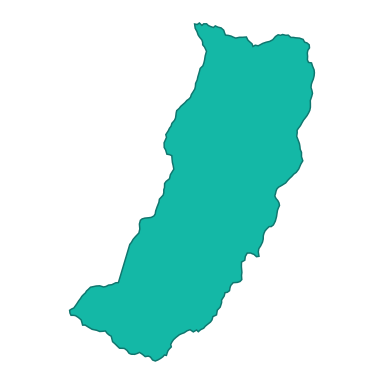 Presidente Venceslau, São Paulo, Brazil (orthographic projection)
{"feature_id": "56859067B64322742628488", "entity_name": "Presidente Venceslau", "entity_type": "district", "adm_level": 2, "iso_a3": "BRA", "parent_name": "Brazil", "parent_adm1": "São Paulo", "projection": "orthographic", "projection_center": [-51.844, -21.792], "detail": "fine", "context": "isolated", "style": "filled", "palette": "teal", "viewbox_px": 384, "rotation_deg": 0, "n_neighbors": 0, "source": "geoboundaries", "source_scale": "gbopen_adm2", "svg_char_len": 3779}
<svg xmlns="http://www.w3.org/2000/svg" viewBox="0 0 384 384"><path d="M75.4,315.6L78.1,317.3L81.1,319.8L81.9,322.4L82.6,325.1L85.2,325.1L88.5,327.2L92.1,329.3L96.7,330.3L99.8,331.5L102.6,331.3L105.4,331.0L107.2,333.4L109.1,335.0L111.2,336.2L111.8,338.5L112.6,341.7L115.2,344.0L117.5,346.3L119.5,348.2L122.1,348.3L124.3,348.4L127.0,350.4L129.1,353.3L131.2,354.2L134.7,354.3L137.4,353.4L139.5,352.4L142.4,354.3L145.2,356.6L148.3,356.1L150.4,357.0L152.6,360.0L155.3,361.0L158.0,359.9L160.6,358.4L162.9,356.7L164.4,355.0L166.4,355.4L167.1,353.1L168.0,350.7L169.3,349.0L171.3,346.9L170.7,344.4L172.0,341.9L173.5,339.7L176.1,337.3L179.4,334.7L181.8,333.6L184.1,332.8L187.1,330.8L190.1,329.7L193.3,331.9L196.6,330.0L198.3,331.7L200.6,329.7L203.7,328.2L205.2,326.3L207.1,324.7L210.5,322.0L212.0,319.9L212.9,316.6L216.5,314.9L217.3,310.2L220.2,307.1L221.6,302.7L221.6,300.0L224.2,296.0L225.0,292.7L227.3,292.3L229.5,290.7L230.0,287.7L230.8,285.4L233.2,282.7L237.4,282.4L240.0,281.5L241.8,279.6L241.5,275.5L241.9,272.4L241.4,266.7L241.5,262.1L244.8,260.2L245.3,256.5L247.2,253.1L250.5,253.0L254.1,254.5L256.5,256.7L259.0,256.3L258.3,251.8L258.8,248.7L260.7,245.8L262.5,242.1L263.2,239.1L263.3,235.8L263.9,233.5L265.0,231.0L266.6,229.1L269.1,226.6L271.2,226.6L273.4,224.9L275.3,221.2L276.5,216.8L277.0,213.4L277.5,210.3L278.4,207.9L279.5,205.5L279.0,202.9L277.8,200.6L276.0,198.5L274.8,196.0L275.5,193.6L276.0,191.3L276.8,189.1L278.5,187.2L281.9,185.3L285.7,182.9L287.8,180.3L289.8,178.2L291.7,176.5L293.8,174.1L296.2,172.4L298.7,169.1L300.8,164.2L302.8,160.8L301.5,156.7L301.5,152.4L300.2,149.3L299.9,146.3L299.4,143.5L298.2,140.3L296.7,136.3L297.2,132.8L297.1,130.3L298.4,128.3L300.4,125.7L301.9,122.9L303.6,120.0L305.3,117.9L306.9,115.8L308.6,112.9L309.8,110.3L310.4,107.3L310.4,103.6L310.3,100.5L311.7,96.4L312.5,93.3L311.9,90.4L311.0,87.4L311.4,84.1L312.3,81.5L313.3,79.1L314.1,75.9L314.4,72.8L314.1,69.9L312.6,66.3L311.5,62.9L308.5,62.4L307.4,59.9L307.6,56.4L307.3,53.1L307.8,50.4L309.5,47.9L309.2,44.8L307.1,43.0L304.6,42.1L303.1,39.4L299.5,38.1L295.6,37.8L293.5,37.4L290.8,37.4L288.2,35.1L285.8,35.3L282.6,34.5L280.6,35.3L278.1,34.8L275.5,36.5L272.8,39.7L269.7,41.4L266.2,42.2L262.7,43.4L260.5,44.6L258.2,45.8L255.2,45.2L253.0,46.5L252.0,43.8L249.7,41.8L247.9,40.1L246.4,37.0L242.3,37.3L239.4,37.3L235.7,38.1L233.2,37.1L231.1,36.1L228.3,35.4L225.5,35.1L224.6,33.0L223.7,30.2L221.1,27.9L217.8,27.1L215.3,25.9L213.4,27.5L210.5,26.5L208.3,25.5L206.6,23.8L203.7,23.8L201.9,25.4L199.4,23.0L197.2,24.5L194.6,24.0L195.2,28.3L197.0,31.6L198.1,34.9L199.4,36.9L201.9,40.0L202.6,42.2L202.7,44.8L204.5,47.0L205.6,49.3L206.5,51.3L205.2,55.9L204.6,59.8L204.0,62.5L202.9,65.8L200.2,68.4L199.5,71.2L198.6,74.3L197.8,77.0L197.2,79.9L195.6,83.4L195.4,86.4L194.8,89.0L192.8,92.3L191.4,94.5L190.5,97.3L188.8,99.1L186.9,100.4L184.8,102.8L180.7,106.4L179.2,108.4L176.7,110.6L176.2,112.9L175.9,115.4L175.5,118.1L174.5,120.3L171.9,123.3L171.0,126.3L169.5,128.2L168.2,130.9L165.8,134.6L166.5,137.4L164.1,142.8L164.2,147.5L165.6,149.9L166.9,154.2L169.7,154.7L171.8,155.7L172.1,159.6L172.4,162.4L173.2,165.7L173.8,169.2L172.1,171.9L170.4,174.7L169.5,178.7L166.1,181.4L164.6,183.5L164.5,187.5L163.8,189.7L163.8,192.7L163.1,195.2L161.6,196.8L159.4,199.2L158.9,202.4L157.1,206.9L155.7,210.9L155.2,214.0L153.9,216.0L151.2,217.4L148.3,217.8L144.9,218.1L142.1,218.9L140.4,220.3L139.4,224.0L139.8,229.0L138.9,233.0L135.3,236.8L133.1,239.4L131.4,242.4L129.8,244.4L118.4,282.6L115.7,282.8L111.8,284.7L108.5,285.1L106.1,286.4L103.7,287.0L99.7,285.8L96.2,286.0L93.4,286.6L90.5,287.2L88.4,289.3L86.5,291.0L85.3,293.0L83.6,294.5L81.8,296.4L80.5,298.5L78.6,301.0L76.9,303.7L75.2,306.1L73.8,308.0L71.6,309.0L69.6,310.3L70.0,313.1L71.0,315.3L73.2,315.3L75.4,315.6Z" fill="#14b8a6" stroke="#0f766e" stroke-width="1.5"/></svg>